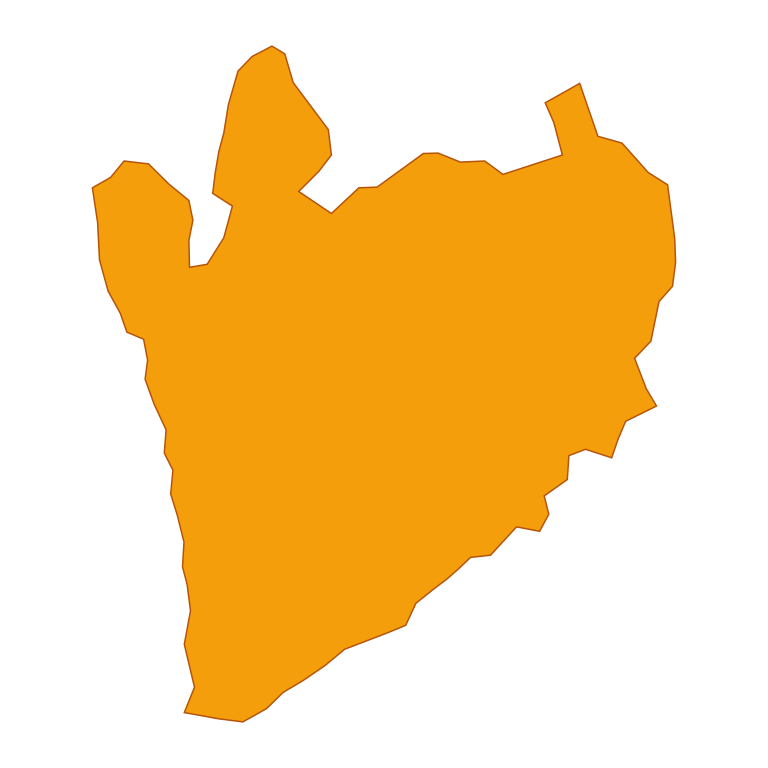 São Pedro das Missões, Rio Grande do Sul, Brazil (Natural Earth projection)
{"feature_id": "56859067B26202031043792", "entity_name": "São Pedro das Missões", "entity_type": "district", "adm_level": 2, "iso_a3": "BRA", "parent_name": "Brazil", "parent_adm1": "Rio Grande do Sul", "projection": "natural_earth1", "projection_center": [-53.242, -27.782], "detail": "fine", "context": "isolated", "style": "filled", "palette": "amber", "viewbox_px": 768, "rotation_deg": 0, "n_neighbors": 0, "source": "geoboundaries", "source_scale": "gbopen_adm2", "svg_char_len": 1286}
<svg xmlns="http://www.w3.org/2000/svg" viewBox="0 0 768 768"><path d="M97.6,222.5L99.5,259.8L108.1,291.1L120.2,313.1L126.9,332.2L143.6,339.2L147.6,360.1L145.1,379.2L154.1,404.1L166.1,429.9L164.3,453.0L172.9,470.2L170.7,494.0L177.2,514.9L184.0,542.1L182.5,566.8L187.1,584.3L190.5,610.8L184.3,644.3L194.5,687.2L184.3,712.6L219.2,718.9L242.9,721.9L266.7,708.5L283.0,692.5L303.1,680.5L324.9,665.6L344.7,649.2L387.5,632.8L405.7,625.3L415.9,603.3L432.6,589.9L446.8,579.1L458.8,568.6L470.5,557.4L490.5,555.2L516.5,526.9L539.6,531.3L548.8,514.2L544.2,495.9L567.3,479.5L568.9,455.6L585.5,449.3L611.7,457.8L617.9,439.6L625.6,421.3L656.5,406.0L646.3,388.8L634.6,358.3L650.9,341.1L659.0,301.6L672.5,286.3L675.6,262.4L674.7,238.5L667.6,184.8L648.2,172.5L622.0,143.1L597.9,136.3L579.7,83.4L545.2,102.8L553.8,122.5L562.4,155.0L502.9,174.4L484.7,161.0L460.3,162.1L438.1,153.1L423.3,153.5L377.1,187.1L358.9,187.8L331.4,213.5L298.7,191.5L318.8,171.4L331.4,155.0L328.3,129.6L293.2,82.6L284.8,53.9L271.9,46.1L252.1,56.5L238.0,71.1L228.4,104.6L223.8,133.0L218.8,151.6L215.1,173.6L212.7,193.4L232.4,206.1L223.8,237.8L207.1,264.3L189.5,267.3L188.9,240.4L192.9,220.3L188.9,200.5L168.9,184.1L148.5,163.9L124.1,161.0L110.6,177.4L92.4,187.8L97.6,222.5Z" fill="#f59e0b" stroke="#b45309" stroke-width="1.5"/></svg>